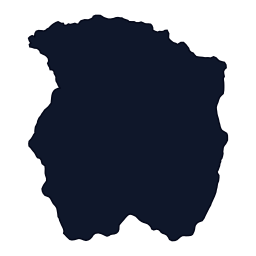 União de Minas, Minas Gerais, Brazil
{"feature_id": "56859067B72130138195353", "entity_name": "União de Minas", "entity_type": "district", "adm_level": 2, "iso_a3": "BRA", "parent_name": "Brazil", "parent_adm1": "Minas Gerais", "projection": "orthographic", "projection_center": [-50.35, -19.408], "detail": "fine", "context": "isolated", "style": "filled", "palette": "ink", "viewbox_px": 256, "rotation_deg": 0, "n_neighbors": 0, "source": "geoboundaries", "source_scale": "gbopen_adm2", "svg_char_len": 4127}
<svg xmlns="http://www.w3.org/2000/svg" viewBox="0 0 256 256"><path d="M189.3,50.6L188.5,48.2L187.3,46.7L185.9,44.8L183.5,42.5L180.9,42.5L179.1,43.6L177.5,44.6L175.8,43.5L173.2,42.7L171.5,41.4L169.8,39.9L168.5,38.3L168.5,36.0L168.7,33.6L167.9,32.0L167.1,30.3L165.0,30.5L163.3,31.5L161.3,31.7L159.4,31.5L157.7,32.3L155.0,31.4L152.7,30.2L152.6,27.7L151.8,25.6L150.6,24.3L148.6,24.0L146.5,24.0L144.8,23.8L143.3,23.0L141.1,22.1L139.0,22.8L136.1,22.8L134.1,21.8L131.6,21.8L129.0,21.7L127.8,20.5L125.7,19.8L123.4,19.0L121.9,18.0L120.1,18.0L118.0,17.6L116.0,17.8L113.4,18.7L110.3,19.2L108.0,19.1L105.8,18.4L103.6,17.6L102.0,16.5L100.3,15.5L98.1,15.4L95.6,15.4L93.4,16.3L92.7,18.0L90.8,19.0L88.3,20.0L84.6,19.8L81.0,20.9L79.4,22.6L78.7,24.1L76.8,24.2L74.9,23.4L72.3,24.1L70.2,24.6L68.4,24.0L66.4,25.4L64.0,25.3L63.3,23.4L61.1,23.4L59.6,22.6L58.1,21.8L56.0,22.6L53.6,24.0L52.1,25.1L50.3,26.7L49.1,28.1L47.1,29.1L45.7,30.4L43.8,31.1L41.7,30.8L38.5,30.6L36.3,31.3L35.1,33.3L34.6,36.7L32.1,35.7L30.1,36.7L28.6,38.2L29.4,40.7L30.9,43.1L29.4,44.5L29.9,46.8L32.1,47.2L34.4,48.0L36.9,48.2L38.7,49.4L39.9,50.8L40.6,52.8L42.9,54.0L45.1,55.0L46.8,56.3L48.4,58.4L48.8,61.2L47.7,63.3L48.6,65.6L49.6,67.1L50.2,69.6L52.6,69.8L54.1,71.5L54.3,73.5L55.2,75.0L56.1,76.8L56.0,79.2L56.2,81.0L57.4,83.1L58.4,85.5L60.0,88.0L57.5,88.7L55.2,89.8L53.8,91.2L52.7,93.2L52.1,95.4L51.8,97.8L51.5,100.8L51.3,103.2L50.1,104.7L48.6,106.7L46.6,108.5L44.7,110.1L43.4,112.1L42.1,113.8L41.0,115.8L39.1,118.1L37.8,121.1L37.5,123.0L36.6,124.9L35.5,127.0L35.2,129.3L35.0,131.2L35.1,133.0L33.8,134.7L32.8,136.7L31.3,139.0L29.2,141.3L28.9,143.6L29.1,146.0L31.0,147.9L32.1,149.4L33.2,150.8L34.6,152.4L35.7,154.3L36.6,156.2L37.6,157.6L39.9,158.2L41.2,159.8L41.7,161.8L42.2,163.6L43.6,164.7L45.1,165.8L45.4,168.7L45.3,171.2L45.3,173.3L45.7,175.2L46.7,178.1L46.7,181.0L45.2,183.1L44.0,184.8L43.1,186.5L42.1,188.9L42.5,191.3L43.4,193.3L45.0,195.2L46.8,195.9L48.8,196.6L50.2,197.8L51.2,199.4L52.0,201.0L53.4,203.5L55.5,205.8L56.8,207.8L57.4,210.4L57.9,213.5L58.2,216.7L59.3,218.3L59.8,220.4L60.6,222.2L61.7,224.8L63.0,227.4L63.7,229.1L64.1,231.2L63.7,233.3L65.2,234.7L66.7,236.4L68.4,238.0L69.8,239.3L71.8,239.8L74.4,239.5L76.6,238.9L78.2,238.4L79.9,238.4L81.9,239.0L83.9,239.8L86.0,240.3L88.1,239.8L89.9,238.8L91.6,237.1L93.1,234.8L95.1,233.2L98.2,232.7L101.2,233.4L103.5,234.4L105.3,235.3L107.0,236.0L108.9,235.4L110.3,234.4L112.0,234.0L114.4,233.7L116.5,232.9L118.0,231.4L118.7,229.4L118.8,226.7L119.0,225.0L120.2,223.5L121.7,221.7L123.6,219.6L125.3,217.5L127.0,215.7L128.6,214.4L130.2,214.0L132.1,214.4L134.2,215.3L136.0,216.2L137.5,217.7L139.5,219.8L141.8,221.4L143.6,222.2L145.5,222.8L147.7,223.6L149.8,225.3L151.2,227.1L151.8,228.9L153.7,229.8L156.6,229.0L158.7,229.5L160.1,230.7L161.2,232.2L162.6,233.1L164.7,233.8L166.8,234.9L168.5,237.1L169.6,239.4L172.0,240.6L175.0,240.4L176.9,239.6L179.0,237.8L180.5,236.5L182.4,235.5L184.2,235.4L186.0,235.6L188.6,235.5L190.9,235.2L192.4,234.3L193.2,232.7L193.9,231.1L194.4,229.2L194.7,227.0L195.2,225.2L196.7,223.2L198.5,221.9L200.1,221.3L202.1,220.6L203.9,218.1L205.0,215.6L206.3,213.0L207.6,210.4L209.0,207.6L210.4,205.3L211.2,202.9L212.2,200.8L213.0,199.0L214.2,196.4L215.1,194.0L215.8,192.0L216.2,189.6L216.8,187.4L217.1,185.3L217.4,183.5L218.4,180.9L218.8,177.5L218.8,175.4L217.5,173.3L217.0,171.7L217.9,170.2L218.7,168.0L219.5,165.8L219.8,163.6L220.6,161.7L220.6,159.8L221.8,158.2L222.4,156.1L222.9,153.6L222.6,151.4L222.9,149.5L223.1,147.5L224.0,145.6L225.6,143.6L226.6,141.8L227.4,140.1L227.4,137.3L227.3,135.2L226.6,133.4L225.0,132.4L223.5,131.5L221.9,130.5L220.8,128.8L220.1,126.9L219.5,124.2L218.8,121.9L218.5,120.1L218.0,118.1L217.3,115.9L216.8,113.7L216.5,111.1L216.2,109.2L216.1,107.1L216.8,104.6L217.8,102.2L218.5,99.8L219.5,97.3L221.2,95.3L223.1,93.6L223.6,90.3L223.7,87.7L223.7,85.1L223.6,82.5L223.3,80.1L223.2,78.4L224.2,76.4L223.6,73.8L223.4,71.4L224.4,69.3L226.1,67.8L225.9,64.9L224.4,62.4L222.2,61.9L219.3,61.0L217.6,59.6L216.2,58.0L213.6,56.8L210.7,58.1L208.0,57.8L204.9,57.9L202.7,57.5L199.2,57.2L196.2,56.7L194.3,54.8L193.2,53.2L191.0,52.3L189.3,50.6Z" fill="#0f172a" stroke="#020617" stroke-width="1.5"/></svg>